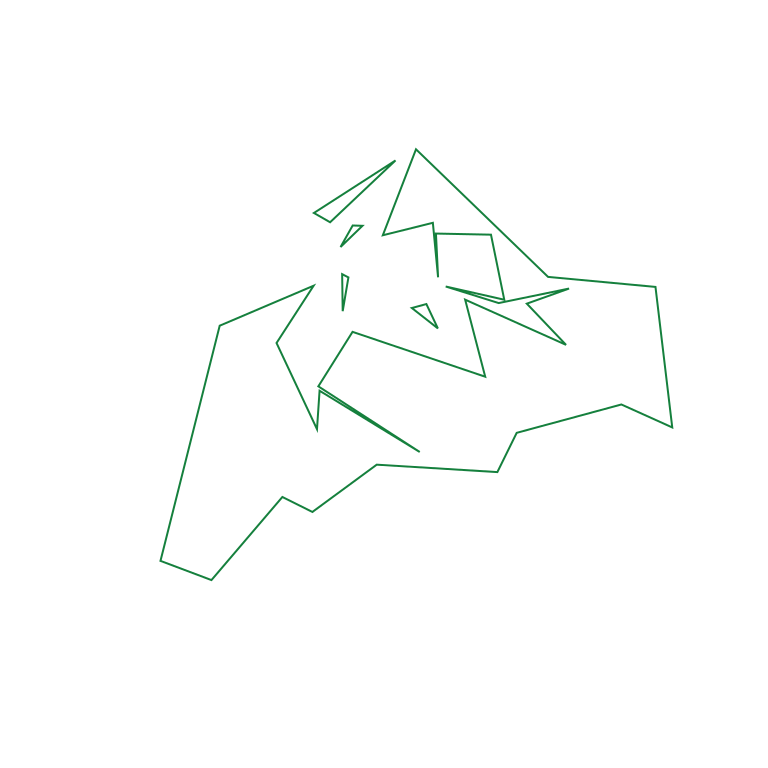 SVG path tracing the border of Rogaland, rotated 59°
{"feature_id": "NOR-914", "entity_name": "Rogaland", "entity_type": "County", "adm_level": 1, "iso_a3": "NOR", "parent_name": "Norway", "parent_adm1": "", "projection": "orthographic", "projection_center": [5.997, 59.066], "detail": "coarse", "context": "isolated", "style": "outline", "palette": "green", "viewbox_px": 768, "rotation_deg": 59, "n_neighbors": 0, "source": "natural_earth", "source_scale": "10m", "svg_char_len": 769}
<svg xmlns="http://www.w3.org/2000/svg" viewBox="0 0 768 768"><g transform="rotate(59 384 384)"><path d="M420.5,666.7L249.4,494.8L263.5,393.7L293.5,455.0L388.2,464.7L356.6,442.7L460.7,388.4L352.2,441.5L323.1,384.1L429.9,293.5L353.5,271.0L444.2,207.8L388.7,220.2L397.5,176.2L373.7,244.0L332.2,280.9L373.7,237.5L311.1,215.4L281.8,262.0L320.4,282.7L271.0,259.1L255.9,308.4L199.3,235.7L376.7,188.2L440.6,101.3L569.7,159.3L523.8,191.1L494.2,295.4L517.9,332.2L449.4,431.8L456.8,511.3L428.5,529.3L463.2,632.9L420.5,666.7ZM198.3,259.0L217.6,346.9L201.3,356.0L198.3,259.0ZM337.3,306.5L364.1,309.2L333.2,321.0L337.3,306.5ZM274.3,359.6L300.3,381.9L268.3,363.3L274.3,359.6ZM237.3,321.0L244.2,350.7L232.0,329.2L237.3,321.0Z" fill="none" stroke="#15803d" stroke-width="2"/></g></svg>